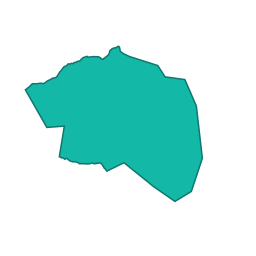 Cabana, Copán, Honduras (Albers equal-area conic projection), rotated 149°
{"feature_id": "27666195B19494062054761", "entity_name": "Cabana", "entity_type": "district", "adm_level": 2, "iso_a3": "HND", "parent_name": "Honduras", "parent_adm1": "Copán", "projection": "albers", "projection_center": [-89.051, 14.783], "detail": "fine", "context": "isolated", "style": "filled", "palette": "teal", "viewbox_px": 256, "rotation_deg": 149, "n_neighbors": 0, "source": "geoboundaries", "source_scale": "gbopen_adm2", "svg_char_len": 5413}
<svg xmlns="http://www.w3.org/2000/svg" viewBox="0 0 256 256"><g transform="rotate(149 128 128)"><path d="M114.4,200.0L114.6,200.1L114.8,200.2L114.9,200.5L115.1,200.7L115.2,200.9L115.3,201.2L115.3,201.5L115.4,201.8L115.5,202.1L115.5,202.3L115.6,202.6L116.0,203.2L116.2,203.5L116.4,204.0L116.6,204.2L116.8,204.4L117.2,204.7L118.7,205.6L120.7,206.9L121.1,207.2L121.5,207.4L122.4,207.7L123.0,208.0L123.7,208.3L124.6,208.8L125.1,209.1L125.3,209.1L125.7,209.3L125.9,209.4L126.0,209.5L126.1,209.9L126.1,210.1L126.1,210.3L126.2,210.5L126.4,210.6L126.7,210.7L127.1,210.8L128.1,210.9L128.7,211.1L129.2,211.2L130.0,211.4L130.2,211.5L130.3,211.5L130.5,211.5L130.7,211.4L130.9,211.3L131.0,211.2L131.4,211.1L131.6,211.0L131.8,211.0L132.2,211.1L132.3,211.1L132.5,211.1L132.9,211.0L133.2,210.8L133.3,210.7L133.5,210.6L134.0,210.5L134.3,210.4L134.6,210.4L135.0,210.5L135.4,210.5L135.8,210.6L136.1,210.8L136.7,211.0L136.9,211.1L137.1,211.1L137.3,211.2L137.6,211.2L138.1,211.1L138.4,211.1L138.6,211.1L138.9,211.2L139.1,211.2L139.3,211.3L139.8,211.5L140.0,211.7L140.5,211.8L140.8,211.8L141.0,211.8L141.2,211.7L141.5,211.6L141.9,211.5L142.1,211.5L142.3,211.6L142.5,211.7L142.6,211.9L142.7,212.2L142.8,212.3L143.0,212.4L143.1,212.5L143.3,212.6L143.6,212.7L143.8,212.7L144.2,212.6L144.4,212.6L144.7,212.7L144.9,212.8L145.1,212.9L145.3,213.0L145.7,213.4L145.8,213.6L146.1,213.7L146.3,213.7L146.6,213.7L146.9,213.7L147.1,213.6L147.5,213.4L147.8,213.2L148.2,213.1L148.6,213.0L149.1,213.1L149.5,213.1L150.0,213.2L150.4,213.4L150.6,213.5L150.8,213.5L151.1,213.5L151.4,213.4L151.7,213.3L152.2,213.1L152.7,212.9L153.5,212.6L154.4,212.2L155.8,211.7L157.2,211.3L157.5,211.2L157.9,211.0L160.2,209.8L162.1,208.9L162.7,208.6L162.8,208.5L163.2,208.5L163.7,208.5L164.0,208.6L164.5,208.6L164.9,208.7L165.2,208.8L165.5,208.9L165.8,209.1L166.2,209.3L166.4,209.4L166.8,209.5L167.1,209.5L167.7,209.5L168.8,209.5L169.3,209.5L169.7,209.5L171.5,209.7L172.3,209.8L173.1,209.8L173.5,209.8L174.0,209.7L175.6,209.6L176.6,209.5L177.2,209.5L177.5,209.5L177.8,209.7L178.0,209.8L178.4,210.3L178.7,210.6L178.9,210.8L179.1,210.9L179.4,211.1L179.7,211.3L181.6,212.2L184.4,213.4L184.5,213.5L184.8,213.7L185.5,214.3L185.8,214.5L186.0,214.6L186.4,214.8L186.7,215.0L187.1,215.1L187.3,215.1L187.6,215.1L187.9,215.1L188.3,215.1L188.7,214.9L189.6,214.7L190.1,214.5L190.7,214.2L190.9,214.1L191.1,214.1L191.4,214.1L191.9,214.1L192.3,214.1L192.6,214.1L193.9,213.8L194.3,213.7L195.3,213.7L196.3,213.6L197.3,170.3L181.6,162.4L201.7,138.7L201.3,138.4L201.2,138.2L200.8,137.5L200.5,136.8L200.5,136.7L200.2,136.6L199.6,136.3L199.2,136.0L199.1,135.9L199.0,135.7L198.8,135.4L198.6,135.0L198.5,134.7L198.5,134.2L198.4,134.0L198.3,133.9L198.1,133.8L198.0,133.7L197.8,133.7L197.5,133.8L197.3,133.8L197.1,133.8L197.0,133.7L196.7,133.6L196.4,133.5L196.1,133.3L195.9,133.1L195.8,132.9L195.7,132.6L195.7,132.4L195.6,132.0L195.6,131.8L195.5,131.5L195.4,131.3L195.1,130.6L195.0,130.4L194.8,129.9L194.5,129.5L194.0,128.8L193.3,128.1L192.8,127.5L192.2,127.0L192.1,126.9L191.9,126.9L191.5,126.9L191.3,126.8L191.2,126.8L191.1,126.7L190.8,126.4L189.6,125.1L188.4,123.7L188.2,123.3L188.2,123.1L188.2,122.8L188.2,122.6L188.1,122.4L187.9,122.3L187.8,122.2L187.7,122.1L187.2,122.0L187.0,121.9L186.9,121.8L186.6,121.6L186.2,121.2L185.9,121.1L185.7,121.0L185.4,121.1L185.2,121.0L185.0,120.9L184.9,120.8L184.8,120.7L184.7,120.6L184.6,120.4L184.5,120.2L184.4,120.1L184.2,119.9L183.8,119.7L183.5,119.6L183.1,119.5L182.8,119.4L182.7,119.3L182.6,119.2L182.4,119.0L182.3,118.7L182.1,118.6L181.6,118.2L181.2,118.0L180.7,117.7L180.1,117.5L179.4,117.2L178.8,116.9L178.5,116.8L178.3,116.8L178.1,116.8L177.8,116.8L177.6,116.8L177.4,116.7L177.2,116.6L176.7,116.3L176.2,115.8L176.1,115.7L175.9,115.5L175.7,115.0L175.5,114.9L175.4,114.7L175.1,114.5L175.0,114.4L174.8,114.4L174.3,114.4L174.0,114.3L173.8,114.2L173.6,114.1L173.4,113.9L173.2,113.7L172.8,113.5L172.6,113.6L172.3,113.5L172.2,113.4L171.9,113.2L169.9,112.6L169.6,112.3L169.6,112.0L169.6,111.9L169.6,111.6L169.6,111.4L169.5,111.2L169.3,111.1L169.2,111.0L169.1,110.7L169.0,109.9L169.0,109.4L169.0,109.0L169.2,108.5L169.2,108.3L169.1,108.2L169.0,107.8L168.9,107.7L168.9,107.3L168.9,107.2L169.0,106.7L169.1,106.4L169.1,106.2L169.1,105.9L169.0,105.7L168.9,105.4L168.7,105.0L168.6,104.7L168.5,103.2L168.3,102.3L168.3,101.9L149.3,100.3L136.3,64.7L125.6,40.9L106.4,41.0L79.9,63.7L58.1,111.6L54.3,140.2L69.9,152.8L70.3,166.2L90.1,188.7L90.3,189.1L90.6,189.5L93.6,194.1L94.3,195.7L94.7,196.6L94.8,196.9L94.9,197.3L94.9,197.6L94.9,197.9L94.9,198.2L94.9,198.4L94.9,198.8L94.7,199.0L94.4,199.6L94.2,200.0L94.1,200.3L94.0,200.6L93.8,201.2L93.7,201.9L93.7,202.2L93.8,202.4L93.8,202.5L94.0,202.8L94.2,203.0L94.3,203.1L94.5,203.0L94.6,202.9L94.9,202.8L95.0,202.9L95.5,203.1L95.9,203.1L96.2,203.1L96.4,203.1L96.7,203.0L96.8,203.0L97.1,203.0L97.6,203.3L98.0,203.5L99.0,203.8L99.6,204.0L100.0,204.0L100.6,204.1L101.2,204.1L101.3,204.1L101.5,203.9L101.7,203.7L101.9,203.7L102.0,203.7L102.3,203.7L102.5,203.8L102.8,203.9L103.0,203.9L103.5,203.7L104.0,203.4L104.2,203.2L104.4,203.1L104.7,202.6L105.0,202.3L105.4,201.9L105.9,201.6L106.4,201.2L106.7,201.0L107.1,200.8L107.6,200.7L108.0,200.6L108.3,200.5L109.3,200.4L110.0,200.3L110.6,200.3L111.1,200.3L111.3,200.3L111.4,200.2L111.6,200.0L111.8,199.9L112.1,199.9L112.6,200.1L112.8,200.1L113.0,200.1L113.4,200.1L113.5,200.0L113.8,199.9L114.1,199.8L114.3,199.9L114.4,200.0Z" fill="#14b8a6" stroke="#0f766e" stroke-width="1.5"/></g></svg>